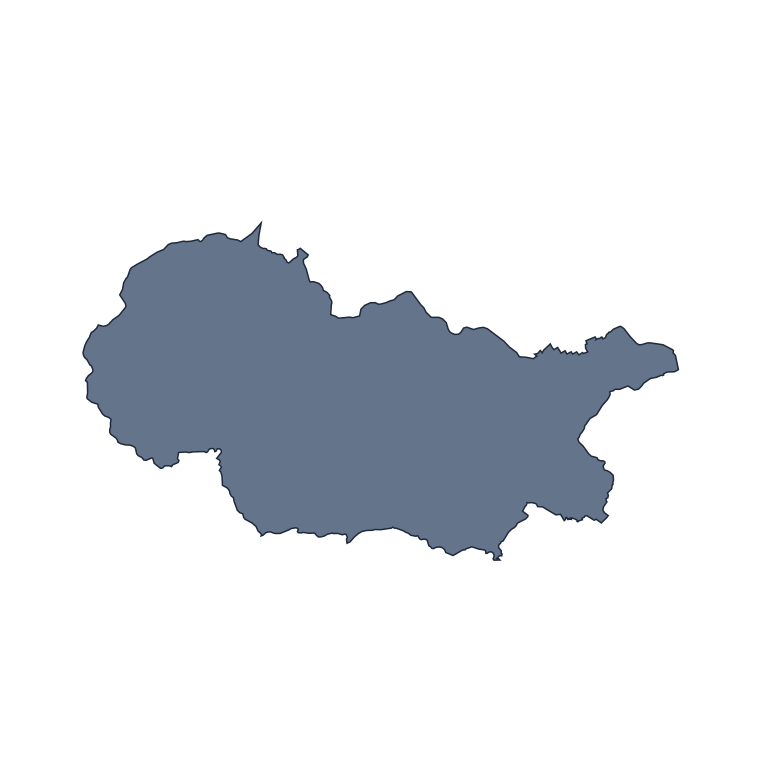 Tlapacoya, Puebla, Mexico, rotated 69°
{"feature_id": "50627088B8286013017465", "entity_name": "Tlapacoya", "entity_type": "district", "adm_level": 2, "iso_a3": "MEX", "parent_name": "Mexico", "parent_adm1": "Puebla", "projection": "equal_earth", "projection_center": [-97.834, 20.137], "detail": "fine", "context": "isolated", "style": "filled", "palette": "slate", "viewbox_px": 768, "rotation_deg": 69, "n_neighbors": 0, "source": "geoboundaries", "source_scale": "gbopen_adm2", "svg_char_len": 6158}
<svg xmlns="http://www.w3.org/2000/svg" viewBox="0 0 768 768"><g transform="rotate(69 384 384)"><path d="M383.0,621.8L383.0,620.4L381.9,618.3L382.4,616.3L383.4,613.8L385.0,612.0L383.7,610.1L383.5,604.4L382.0,602.9L379.8,603.6L374.3,600.3L376.5,593.3L378.0,591.0L379.1,586.1L382.6,576.2L384.2,574.6L384.2,573.2L382.1,570.3L382.4,568.2L383.2,566.4L384.9,565.9L386.4,566.3L386.6,565.1L384.7,562.7L385.7,560.6L387.9,559.7L389.5,560.3L393.5,566.9L395.8,565.0L397.5,564.5L400.2,567.0L402.4,565.6L403.4,565.7L405.7,568.7L407.7,567.9L411.7,568.2L420.7,571.1L425.0,567.5L428.2,566.6L431.3,567.1L433.9,566.7L436.2,565.3L439.8,566.0L449.3,566.2L452.4,564.8L454.5,562.4L458.3,562.8L460.3,562.3L466.5,557.0L471.2,554.5L476.6,554.2L477.7,553.3L480.7,552.3L481.8,553.2L481.8,550.8L480.5,548.0L480.6,545.5L481.5,542.7L483.7,540.5L484.9,538.4L486.3,534.4L486.1,525.0L485.7,522.4L486.6,517.9L487.6,516.6L489.0,516.1L490.9,517.8L492.2,517.2L493.4,514.4L493.6,512.6L496.5,507.5L498.3,502.1L500.6,501.5L503.3,500.1L504.3,496.9L504.5,493.8L504.0,490.7L504.6,485.7L505.4,485.0L507.1,480.4L509.8,477.0L510.1,474.4L510.9,473.3L514.1,473.1L515.4,474.6L519.4,475.6L519.2,472.2L516.2,466.5L514.4,461.3L513.8,457.4L514.5,452.7L516.6,446.7L516.4,445.2L518.9,439.1L521.2,428.7L520.8,427.1L522.4,425.8L522.9,424.4L528.3,418.2L530.1,417.0L532.1,414.7L534.8,413.2L537.6,408.7L537.7,406.9L541.6,406.1L542.6,405.1L543.2,402.1L544.8,399.7L551.1,400.1L552.6,398.9L554.5,398.2L555.4,397.0L555.1,394.4L555.6,392.0L556.6,389.5L558.0,388.0L560.3,386.8L563.4,386.7L568.9,381.0L567.2,370.2L567.9,367.7L567.3,366.9L567.5,360.3L572.1,354.7L575.1,349.4L576.3,349.0L578.6,349.6L579.0,348.4L578.5,345.5L579.4,343.7L580.6,342.8L582.7,342.5L584.2,342.9L586.3,344.8L587.8,344.5L589.9,338.9L588.2,339.6L587.2,341.1L585.9,338.2L585.8,337.4L586.6,335.7L585.1,334.7L583.7,335.1L581.6,334.3L578.2,335.5L576.7,335.2L575.0,334.1L574.6,332.4L573.3,331.2L573.2,329.0L567.1,321.0L565.4,317.2L564.7,313.5L563.4,311.0L561.7,309.4L560.8,300.5L559.5,297.4L558.2,296.6L552.4,300.2L548.8,296.1L548.2,294.6L546.0,292.8L546.9,291.5L547.5,288.9L549.7,285.5L551.3,284.6L553.5,284.6L555.4,280.2L567.7,270.5L569.0,265.9L576.1,264.7L575.7,263.5L573.9,262.1L574.0,261.2L576.4,261.0L576.8,259.0L577.6,257.5L577.3,257.4L576.0,259.7L576.0,257.1L578.4,254.2L580.9,252.1L581.4,253.0L582.1,252.4L581.6,251.5L581.8,247.4L580.2,247.2L580.2,245.0L579.1,243.3L580.0,241.6L586.5,236.6L586.3,234.4L591.6,230.9L588.6,224.0L587.2,221.8L583.1,224.4L580.0,224.8L577.2,222.9L573.9,218.1L572.1,218.3L570.5,217.6L570.5,215.9L568.5,214.5L565.9,214.4L563.4,209.0L560.2,207.3L559.6,206.0L558.4,205.9L555.8,204.1L551.3,202.8L547.6,204.5L545.0,206.6L543.1,209.2L539.1,208.9L537.2,206.1L535.6,205.8L534.4,206.8L533.3,209.4L531.3,211.4L529.1,211.6L525.6,216.4L522.3,218.0L513.2,220.4L508.2,222.8L504.6,222.8L504.1,221.6L500.8,218.3L500.4,217.0L498.2,214.0L496.9,212.6L495.1,211.8L493.2,208.5L492.4,208.2L492.4,207.5L490.0,204.0L488.8,196.6L482.2,187.8L479.0,181.6L477.1,178.9L474.6,176.5L472.5,176.2L472.1,175.6L472.5,172.2L471.9,171.0L471.9,169.7L473.4,166.0L473.3,157.0L479.4,152.3L480.0,148.1L477.9,143.6L476.4,141.6L474.3,133.2L475.4,127.1L475.2,122.0L476.0,120.8L475.8,119.6L474.6,119.3L474.3,115.4L476.7,108.3L476.1,104.0L461.9,101.7L458.5,102.9L456.6,101.9L455.5,102.2L447.3,109.5L440.9,120.9L440.0,123.6L439.6,129.2L438.8,131.8L436.6,133.7L428.0,137.2L418.3,140.1L415.0,142.4L414.7,143.9L415.1,150.5L416.5,153.5L416.3,155.7L417.0,156.4L417.4,158.3L420.1,160.7L420.2,163.6L418.3,163.7L418.1,164.4L418.8,166.2L418.3,167.7L418.5,169.9L418.2,169.5L415.7,170.1L416.0,180.0L419.3,180.0L419.3,181.8L423.2,183.0L427.0,182.2L427.0,186.8L425.8,187.4L426.6,191.7L423.1,192.6L423.6,197.3L421.0,197.7L421.6,202.5L417.9,203.0L418.6,207.6L412.1,208.8L412.8,213.1L409.5,214.1L406.2,214.4L409.7,223.0L411.6,225.1L408.7,226.1L410.6,229.6L410.1,232.7L412.7,231.4L413.9,235.5L410.1,241.5L407.1,247.9L402.1,248.9L394.5,253.7L386.9,256.8L369.4,267.7L366.7,271.0L365.7,275.3L365.2,280.9L360.6,286.4L360.3,289.6L363.4,293.9L364.2,296.7L363.1,300.1L360.7,302.7L358.6,304.0L355.5,304.4L349.0,303.9L344.2,306.0L341.5,308.8L338.7,316.0L332.1,319.0L327.2,319.5L323.3,321.2L307.8,325.5L305.7,330.0L306.7,339.6L309.0,344.3L308.6,348.8L308.8,353.1L308.1,359.0L307.3,360.9L305.0,362.9L303.3,367.6L303.7,373.9L305.9,378.7L311.7,382.4L311.0,389.1L309.2,392.3L306.3,402.8L303.5,404.8L300.2,408.9L291.6,405.0L289.4,403.5L287.4,403.2L283.3,403.8L282.0,402.9L278.0,404.4L274.9,407.1L272.1,406.8L269.6,407.4L266.7,408.8L263.2,413.1L262.2,416.4L260.1,416.6L248.9,415.4L242.4,415.8L240.3,415.3L238.9,414.4L237.8,410.0L236.3,408.5L227.3,413.6L227.7,414.8L227.7,416.8L233.5,418.5L234.3,420.2L234.8,424.0L236.5,428.2L236.7,429.9L235.2,430.9L232.9,431.0L230.9,432.2L230.4,431.8L227.2,432.4L225.8,434.1L224.6,437.4L222.3,439.0L221.1,441.8L219.5,441.8L217.4,445.1L215.7,445.3L214.5,447.0L214.3,448.2L211.8,450.5L208.8,451.6L200.4,447.5L189.6,440.9L196.2,453.4L199.7,466.7L197.2,468.9L193.3,475.6L191.3,477.8L187.7,478.4L184.2,483.4L183.5,485.2L181.8,495.9L183.2,499.8L184.6,501.6L185.3,503.4L185.1,504.5L184.2,505.3L182.6,505.9L181.5,513.1L180.3,517.2L178.8,520.1L177.9,526.8L176.4,531.8L176.5,535.4L179.5,541.7L179.6,548.5L181.3,557.0L182.4,560.6L183.8,571.8L185.0,578.2L186.2,580.1L192.0,584.9L193.2,587.2L196.3,590.8L202.1,594.3L206.1,598.8L216.1,596.6L218.9,597.0L220.3,598.6L225.0,606.8L226.9,614.4L228.0,616.2L228.4,617.7L229.3,618.8L230.0,621.7L229.6,625.3L226.5,629.6L228.9,632.3L230.7,636.5L230.9,638.6L231.6,639.4L234.8,642.2L237.9,646.5L241.3,649.8L246.6,653.6L248.9,654.2L251.7,654.1L254.8,652.6L260.9,651.7L262.2,650.7L266.5,650.7L267.8,651.2L268.9,652.6L270.2,656.8L272.1,659.8L273.9,661.4L276.1,660.3L286.1,663.9L290.1,666.3L291.6,666.2L296.4,663.3L300.2,658.5L303.4,659.0L311.1,657.5L313.8,656.1L316.7,652.8L319.3,651.5L322.0,653.2L326.1,654.7L328.4,656.5L330.8,657.3L333.1,657.1L338.4,653.6L340.6,653.0L342.8,653.3L345.3,651.3L348.2,647.2L350.0,643.0L352.4,640.4L353.9,639.3L355.4,639.1L360.5,639.9L362.7,639.2L365.9,636.4L369.0,635.4L370.0,633.2L369.8,628.5L369.9,627.3L370.6,626.5L375.6,627.0L382.4,623.0L383.0,621.8Z" fill="#64748b" stroke="#1e293b" stroke-width="1.5"/></g></svg>